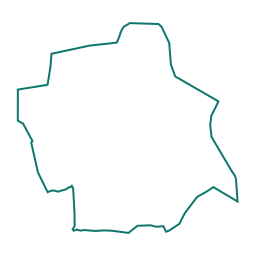 the district of Gumel, Jigawa, Nigeria, rotated 271°
{"feature_id": "59680162B20002653395444", "entity_name": "Gumel", "entity_type": "district", "adm_level": 2, "iso_a3": "NGA", "parent_name": "Nigeria", "parent_adm1": "Jigawa", "projection": "natural_earth1", "projection_center": [9.385, 12.623], "detail": "fine", "context": "isolated", "style": "outline", "palette": "teal", "viewbox_px": 256, "rotation_deg": 271, "n_neighbors": 0, "source": "geoboundaries", "source_scale": "gbopen_adm2", "svg_char_len": 1059}
<svg xmlns="http://www.w3.org/2000/svg" viewBox="0 0 256 256"><g transform="rotate(271 128 128)"><path d="M206.6,168.4L213.8,167.7L229.8,159.8L232.5,156.6L232.9,128.1L230.6,124.3L229.0,122.0L227.1,120.7L225.4,119.7L221.3,118.4L216.8,116.8L213.2,115.3L211.9,105.5L209.7,88.1L206.1,72.6L200.9,50.2L189.1,49.5L180.1,48.3L169.8,46.8L164.5,17.2L133.3,17.7L130.7,22.9L122.7,27.4L113.3,32.7L111.7,31.5L81.9,38.8L62.4,48.8L63.7,51.8L64.2,54.1L64.0,56.1L63.5,57.6L63.2,59.8L64.0,61.8L64.6,63.4L65.0,65.5L65.6,66.9L66.8,68.8L67.8,70.2L68.0,71.7L69.2,72.8L66.5,74.2L47.9,75.6L41.0,76.0L29.3,76.4L25.8,74.4L25.3,74.9L24.4,75.4L24.8,76.8L25.4,78.1L25.6,78.7L25.2,79.7L24.9,81.1L24.6,82.2L25.2,86.0L24.5,97.1L25.2,106.2L25.0,113.8L23.1,130.3L30.4,139.2L31.1,152.4L29.9,157.3L30.0,161.5L30.5,165.0L25.0,167.9L26.0,170.6L33.0,181.0L43.7,186.2L60.3,198.3L65.6,207.4L70.4,214.4L56.4,238.8L78.6,236.9L82.0,235.8L87.6,231.9L120.5,211.7L132.6,210.1L142.0,211.2L150.4,215.3L156.2,217.9L180.4,174.3L192.2,169.8L206.6,168.4Z" fill="none" stroke="#0f766e" stroke-width="2"/></g></svg>